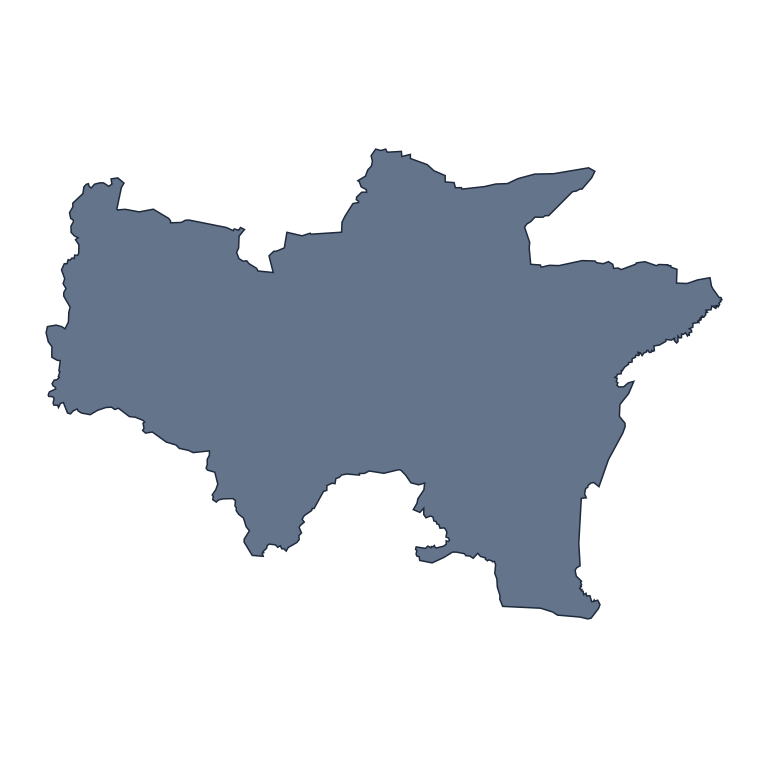 Taphan Hin, Phichit, Thailand
{"feature_id": "78962969B26930516350058", "entity_name": "Taphan Hin", "entity_type": "district", "adm_level": 2, "iso_a3": "THA", "parent_name": "Thailand", "parent_adm1": "Phichit", "projection": "mercator", "projection_center": [100.432, 16.199], "detail": "fine", "context": "isolated", "style": "filled", "palette": "slate", "viewbox_px": 768, "rotation_deg": 0, "n_neighbors": 0, "source": "geoboundaries", "source_scale": "gbopen_adm2", "svg_char_len": 6055}
<svg xmlns="http://www.w3.org/2000/svg" viewBox="0 0 768 768"><path d="M600.0,604.7L597.7,600.2L594.8,601.1L594.2,600.0L593.5,601.4L591.7,601.7L589.9,595.7L586.7,596.0L586.0,593.3L583.7,594.6L583.1,591.2L581.7,590.9L581.9,589.4L580.7,589.7L579.7,588.3L581.3,586.6L580.4,585.8L581.6,584.9L580.6,582.0L581.5,581.2L576.3,576.2L575.1,570.4L576.6,567.8L580.1,565.8L578.8,543.2L581.3,498.3L586.3,497.8L584.6,493.9L585.7,488.4L587.7,487.4L587.9,485.6L590.9,483.1L593.8,482.5L599.0,486.7L608.5,459.5L622.7,433.3L625.1,426.8L625.0,423.2L619.4,416.4L619.9,404.5L628.7,393.5L633.8,381.4L628.2,382.9L623.7,386.8L619.0,387.0L616.9,385.2L617.9,382.8L616.3,381.7L617.2,378.3L614.9,377.3L616.9,376.0L617.3,374.3L621.2,373.7L621.4,370.5L622.2,370.9L624.6,367.1L628.5,364.3L628.5,362.7L632.1,362.0L632.1,358.7L635.3,357.4L635.8,355.3L638.9,355.5L639.3,354.2L637.9,353.3L638.0,352.2L640.4,352.9L642.1,355.6L643.9,353.0L646.7,351.8L646.8,350.5L648.0,350.4L649.3,352.5L651.2,352.2L651.8,350.5L652.7,351.3L654.4,350.7L653.9,346.0L659.5,345.0L665.8,341.4L665.9,339.5L671.4,340.1L674.4,338.3L674.3,340.6L676.6,343.0L678.0,341.6L677.9,336.1L679.4,337.8L681.5,337.8L681.6,334.0L683.3,334.4L685.6,332.8L687.4,336.0L688.3,334.8L689.3,335.2L689.1,333.0L691.7,332.0L691.4,330.1L689.3,328.7L692.8,327.3L693.0,323.4L697.6,322.6L697.8,321.6L698.9,322.4L698.7,320.6L701.0,319.9L701.2,318.6L699.8,318.9L700.4,317.7L702.2,316.3L702.4,317.3L703.8,317.2L705.7,314.7L705.7,312.5L707.4,312.3L705.9,310.2L711.0,309.8L711.9,305.9L715.8,308.4L716.4,307.0L715.0,305.9L717.2,305.5L718.1,306.9L719.6,304.5L718.9,303.2L720.9,301.5L720.3,300.3L721.9,299.7L720.9,297.5L719.1,297.5L712.9,288.8L711.5,286.2L710.0,277.7L697.6,279.9L687.0,283.5L676.5,283.1L677.0,269.3L671.0,267.2L670.8,265.7L668.1,265.6L668.0,264.8L658.8,264.5L656.4,265.7L644.9,261.7L636.4,262.9L635.5,264.3L621.2,269.6L618.3,268.0L613.7,268.4L612.8,264.4L608.5,261.6L603.2,263.7L596.5,262.7L595.0,261.0L582.2,260.6L559.0,265.6L549.4,265.3L542.1,267.0L540.9,266.8L540.4,265.0L530.7,264.3L529.2,248.0L529.7,242.5L524.6,227.2L526.7,224.1L530.9,221.5L534.9,217.2L542.9,217.2L545.1,215.7L548.7,215.6L572.5,191.7L576.5,191.0L579.9,189.0L581.9,189.2L591.6,177.9L594.9,171.3L588.6,167.8L553.7,173.7L534.7,174.1L518.0,178.6L507.4,183.6L495.8,184.0L484.4,186.6L461.9,189.1L461.4,187.6L455.4,187.7L454.1,182.6L445.2,181.9L445.2,175.6L433.9,170.7L427.2,164.6L410.4,158.5L410.4,154.4L401.8,156.5L401.4,151.4L387.3,152.2L385.7,149.1L380.8,150.5L375.7,149.1L371.1,155.8L372.4,161.1L371.5,166.0L367.8,169.9L365.4,176.2L357.8,180.7L359.4,182.0L361.2,186.9L366.2,189.5L366.6,192.2L361.7,192.2L356.7,197.0L356.3,199.7L358.5,201.1L358.6,202.4L352.9,203.6L344.9,216.3L342.0,222.3L341.6,232.2L311.0,234.2L310.2,233.2L302.1,235.8L286.9,232.3L284.3,247.9L276.3,251.2L273.9,251.2L269.0,255.8L273.2,272.5L258.0,271.0L256.6,268.3L248.9,263.6L246.7,260.8L243.1,261.2L239.0,258.6L236.6,252.5L238.6,248.0L239.1,236.1L244.5,229.5L240.5,227.5L238.6,230.2L234.2,228.9L233.2,230.6L226.4,227.5L188.8,220.0L185.2,220.3L181.5,222.4L170.5,222.8L170.6,221.0L168.7,218.4L153.3,209.2L139.2,211.9L125.3,209.3L117.6,209.9L116.8,209.2L121.4,187.5L124.0,183.1L117.8,177.9L111.1,178.9L111.9,184.1L108.8,186.3L103.6,182.9L99.6,182.9L94.5,184.2L91.3,187.9L89.2,186.5L88.4,183.7L86.3,184.3L83.9,186.9L82.9,193.6L72.8,203.1L72.9,206.8L69.5,212.7L70.7,218.5L73.1,219.8L73.4,221.8L71.0,226.1L71.1,232.4L74.4,235.9L78.1,237.8L75.5,239.7L78.9,244.8L78.7,253.4L77.5,255.4L74.7,255.1L74.2,258.5L72.0,258.0L70.1,260.2L68.2,259.6L67.0,263.7L64.3,263.7L61.5,269.9L64.7,278.7L63.1,283.7L66.0,288.5L63.8,292.5L63.7,296.0L70.1,307.1L68.8,312.4L68.4,321.9L65.1,328.8L61.6,326.6L56.1,325.1L47.4,326.6L46.1,332.7L48.3,341.8L51.9,346.6L51.8,357.2L57.2,360.3L60.3,360.6L58.9,370.9L59.9,371.6L58.3,376.7L59.3,377.4L56.9,379.7L54.2,380.1L52.1,383.7L53.0,385.7L55.5,387.5L55.7,388.9L49.4,391.9L48.2,394.9L48.8,396.4L52.6,396.7L54.1,398.2L53.1,403.1L53.8,405.1L57.6,405.3L58.5,407.5L60.5,403.3L63.4,402.6L67.5,413.0L70.5,413.9L73.2,410.9L77.1,409.0L78.3,411.1L81.4,413.0L90.2,414.7L97.4,410.4L105.9,407.5L111.6,407.2L114.8,409.5L118.4,408.2L129.4,416.6L135.2,417.2L143.3,420.5L144.6,422.2L143.0,423.2L144.0,428.2L142.6,430.5L145.6,433.1L152.3,432.0L166.3,442.1L176.0,445.0L179.3,448.4L188.6,450.4L193.1,452.6L209.4,450.9L209.4,455.2L207.2,459.4L207.3,464.6L206.1,468.1L207.5,470.1L214.8,472.2L217.8,484.1L215.8,489.6L212.2,495.0L213.3,496.7L212.7,499.6L216.3,502.1L218.6,499.9L223.0,498.9L232.7,498.6L235.4,500.5L235.0,506.0L236.3,507.8L236.2,510.6L238.6,514.2L243.5,518.1L246.2,526.8L249.4,530.8L244.2,539.1L244.1,542.1L252.2,555.4L263.2,556.3L262.2,553.2L263.7,552.6L263.1,551.5L266.6,548.3L267.2,545.5L269.4,544.1L275.5,544.9L277.7,547.3L280.3,545.8L281.8,548.8L283.8,548.8L286.2,551.1L288.2,547.5L296.9,542.5L299.2,539.6L298.9,535.6L301.5,532.9L299.2,527.6L300.0,525.7L304.3,522.1L302.1,519.2L304.4,515.5L311.6,510.6L312.3,508.4L314.1,508.5L323.5,491.4L326.8,490.4L326.9,485.6L332.0,483.2L335.0,483.7L335.9,478.5L339.2,477.4L341.6,475.0L346.8,474.0L359.5,475.1L359.4,473.5L364.5,473.4L369.2,471.0L383.8,473.3L398.7,469.7L400.9,470.2L405.8,475.3L410.9,482.8L418.6,484.8L424.6,483.1L423.9,489.8L417.8,498.9L417.0,503.2L413.3,509.6L419.9,512.4L423.8,508.2L423.7,514.5L426.0,517.8L430.4,516.0L432.9,517.0L433.9,521.0L436.1,521.5L436.8,523.9L438.8,524.5L440.0,528.2L444.2,527.9L445.4,529.2L446.9,532.0L446.0,537.0L448.5,538.1L449.6,540.2L448.2,541.5L446.2,540.8L446.2,544.1L443.8,546.1L436.6,547.9L435.3,547.6L434.3,545.5L433.1,546.7L431.5,546.5L431.0,547.7L427.8,546.1L425.5,548.4L416.2,546.9L415.5,549.3L416.8,550.5L416.1,554.1L416.9,556.1L419.2,556.6L419.7,560.4L432.1,562.9L443.8,557.5L452.5,552.1L456.3,552.1L464.5,553.7L465.8,555.7L469.8,556.0L473.2,558.3L477.8,553.3L480.4,556.4L485.5,557.9L485.4,559.2L487.4,560.8L488.6,559.9L491.7,560.7L492.4,561.8L494.5,561.5L495.6,564.7L494.8,573.3L496.9,579.1L497.3,587.0L500.0,595.7L499.8,599.3L502.7,606.4L540.5,608.2L552.7,612.0L557.4,615.1L580.3,617.1L587.7,618.9L591.1,618.2L598.5,608.5L600.0,604.7Z" fill="#64748b" stroke="#1e293b" stroke-width="1.5"/></svg>